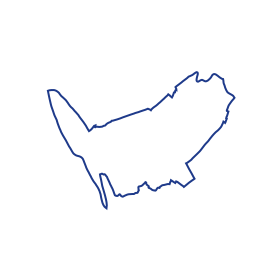 Tra On, Vĩnh Long, Vietnam, rotated 22°
{"feature_id": "81297802B90328181900706", "entity_name": "Tra On", "entity_type": "district", "adm_level": 2, "iso_a3": "VNM", "parent_name": "Vietnam", "parent_adm1": "Vĩnh Long", "projection": "natural_earth1", "projection_center": [106.002, 9.988], "detail": "fine", "context": "isolated", "style": "outline", "palette": "blue", "viewbox_px": 256, "rotation_deg": 22, "n_neighbors": 0, "source": "geoboundaries", "source_scale": "gbopen_adm2", "svg_char_len": 5793}
<svg xmlns="http://www.w3.org/2000/svg" viewBox="0 0 256 256"><g transform="rotate(22 128 128)"><path d="M39.8,123.5L42.9,128.2L44.4,130.4L47.7,135.1L48.9,136.7L52.6,140.9L53.6,142.1L55.2,143.9L58.9,147.3L59.4,148.0L61.1,150.1L64.3,153.6L66.0,155.2L67.5,156.8L70.5,159.3L75.0,162.7L80.2,167.1L82.1,168.4L84.6,170.4L86.2,171.6L87.3,172.2L88.8,172.6L89.8,172.8L91.0,172.8L93.4,172.5L94.5,172.5L95.9,172.7L97.5,173.4L99.0,174.8L100.1,176.0L103.6,179.7L103.8,180.0L104.8,181.0L106.6,182.6L108.0,183.7L110.5,185.9L111.3,186.5L113.3,188.3L116.1,190.4L119.1,192.2L119.7,192.7L120.9,193.5L122.3,194.5L123.5,195.5L124.3,196.3L125.3,197.2L126.4,198.6L126.9,199.1L127.7,200.2L128.8,202.0L129.8,203.5L131.8,206.2L132.6,207.2L134.3,208.8L135.8,209.8L138.1,210.5L137.3,207.6L135.9,204.9L134.1,202.1L133.5,201.3L132.0,199.2L129.9,196.5L125.8,191.3L124.2,188.8L122.3,185.9L120.4,183.2L119.4,181.5L120.3,180.7L120.7,180.3L121.0,180.1L121.3,180.1L121.7,180.1L122.2,180.2L122.7,180.3L122.9,180.2L123.1,180.1L123.4,179.8L123.5,179.7L123.9,179.7L124.4,179.8L125.4,180.5L126.8,181.2L127.4,181.8L127.7,182.2L128.8,183.2L131.5,185.7L132.1,186.4L133.2,187.4L134.3,188.3L135.1,189.1L136.0,189.8L137.6,191.4L139.7,193.8L141.0,195.2L141.8,195.4L142.5,195.2L143.1,195.2L143.4,195.1L143.8,194.7L144.3,194.1L144.7,193.0L144.9,192.7L145.1,192.6L145.7,192.7L146.4,193.2L147.1,193.6L147.7,193.7L148.5,193.7L148.9,193.6L149.2,193.3L150.4,191.9L152.3,190.0L153.4,189.2L157.1,187.4L157.9,187.1L158.3,186.9L159.1,185.7L159.4,185.4L159.9,185.1L160.7,184.8L161.0,184.5L161.2,184.2L161.2,183.6L161.1,183.0L161.4,182.1L161.4,181.9L161.3,181.5L160.8,181.1L160.3,180.0L160.0,179.5L159.8,179.0L159.8,178.7L160.0,178.2L160.9,177.6L162.1,176.7L162.7,175.9L163.1,175.0L164.2,172.6L164.5,172.0L164.5,171.7L165.1,171.7L165.2,171.8L165.4,171.9L165.8,172.8L166.1,173.1L166.5,173.5L166.9,173.6L167.6,173.8L167.9,173.9L168.1,174.0L168.8,174.1L169.1,174.3L169.2,174.5L169.3,174.9L169.3,175.4L169.4,175.5L169.6,175.7L171.3,175.7L171.9,175.8L173.5,176.3L174.1,176.3L174.9,176.3L175.5,176.0L175.8,176.0L176.2,176.0L176.7,175.9L176.9,175.7L177.1,175.5L177.3,175.1L177.5,173.9L177.7,172.9L178.0,172.4L178.2,172.1L178.4,172.0L178.7,171.9L179.4,171.9L179.6,171.8L179.7,171.7L179.7,170.6L179.9,170.3L180.7,169.1L181.1,168.4L181.6,168.0L182.8,167.3L184.2,166.3L185.5,165.3L186.1,165.0L187.2,164.6L187.6,164.5L187.4,162.1L187.6,161.8L187.6,161.7L187.4,160.3L192.4,161.3L192.7,159.9L192.7,159.5L194.2,159.5L194.4,159.6L198.8,160.8L200.2,161.1L200.8,161.2L201.5,161.5L201.9,161.7L203.9,158.0L204.6,156.7L204.9,156.1L207.2,152.4L208.7,150.2L209.4,150.7L207.0,148.8L204.0,146.3L199.7,142.9L196.8,140.4L195.1,139.0L195.7,138.4L196.8,136.7L198.1,134.6L198.6,133.7L199.0,132.5L199.3,131.7L201.8,126.1L203.0,123.3L203.5,122.0L203.9,120.6L205.4,115.1L205.9,113.6L207.2,110.3L207.4,109.6L208.1,107.0L208.6,105.4L208.9,104.3L209.8,101.7L210.6,99.7L210.9,99.0L212.0,97.0L212.4,96.2L213.2,94.2L213.8,92.4L214.0,91.3L214.0,90.8L214.1,89.3L214.2,88.0L214.1,86.3L215.4,86.6L216.1,86.9L216.2,86.0L216.1,84.3L216.1,82.5L216.1,82.3L215.9,82.2L215.4,82.2L215.2,80.8L215.3,80.6L215.3,79.9L215.2,78.1L214.9,75.1L213.6,75.1L213.3,75.1L213.2,74.9L213.0,74.6L213.0,72.6L212.9,70.8L212.9,69.2L213.0,68.9L213.2,67.9L213.8,65.3L214.3,63.5L215.0,61.6L215.4,60.1L213.5,58.8L212.9,58.6L211.8,58.4L210.1,58.2L208.6,58.0L207.3,57.7L207.0,57.6L206.3,57.2L204.8,56.0L203.5,54.7L203.0,54.2L201.5,52.3L200.3,51.1L199.7,50.3L198.6,48.2L198.2,47.6L197.8,47.0L197.3,47.1L196.6,47.2L195.6,47.0L194.0,46.7L191.7,46.0L189.6,45.5L188.5,45.5L188.0,45.6L187.5,45.8L187.2,46.1L186.8,46.6L186.6,46.8L186.4,47.3L186.1,49.0L186.0,49.9L185.4,51.7L184.6,53.4L184.2,54.1L183.7,54.7L183.2,55.2L182.6,55.6L181.8,55.8L181.3,55.8L180.5,55.7L179.3,55.6L178.9,55.6L178.5,55.7L177.9,56.1L177.0,57.1L176.4,57.9L176.0,58.4L175.6,58.8L175.1,58.9L174.7,58.9L174.4,58.8L174.1,58.6L173.7,58.1L173.3,57.0L172.9,55.0L172.6,52.2L172.2,51.1L172.0,50.8L171.6,50.5L171.4,50.5L171.0,50.5L170.8,50.5L170.2,51.0L170.0,51.3L169.4,52.1L168.7,53.3L168.3,54.0L167.6,55.0L165.7,57.0L165.2,57.4L164.8,58.0L164.3,59.2L163.5,60.6L162.4,62.4L161.2,64.4L160.6,65.6L159.0,68.3L157.3,71.1L156.7,72.3L156.9,72.5L157.9,73.4L158.3,73.9L158.5,74.4L158.7,74.8L158.4,74.8L158.2,74.9L158.0,75.0L157.8,75.4L157.8,75.7L158.2,77.2L158.2,77.4L158.0,77.5L157.5,77.6L157.3,77.8L157.3,78.3L157.4,79.1L157.5,81.4L157.3,83.2L155.2,82.5L154.6,82.2L152.7,81.7L152.6,82.1L152.6,82.4L152.5,82.6L152.2,83.4L151.9,83.9L151.0,85.8L150.2,87.7L149.8,88.4L148.1,92.1L147.0,94.1L146.7,94.9L146.2,95.8L145.8,96.6L144.7,98.3L144.3,98.9L144.0,99.4L143.3,100.7L142.9,101.7L142.7,102.4L142.6,103.0L142.2,102.9L141.9,102.7L141.6,102.7L139.6,102.7L139.2,102.7L138.5,103.4L136.9,104.9L135.3,106.2L134.5,106.9L133.8,107.5L133.3,107.9L131.8,109.3L129.1,111.4L128.3,112.2L125.8,114.3L121.8,117.8L119.3,120.0L117.2,122.0L114.5,124.3L113.2,125.3L111.2,126.9L110.7,127.2L110.3,127.3L110.1,127.6L109.9,128.2L109.8,128.6L108.8,129.7L108.1,130.3L107.2,131.4L106.8,132.1L106.5,132.6L106.1,133.8L105.9,134.2L105.6,134.5L105.1,134.8L104.5,135.2L104.2,135.7L103.8,136.1L103.3,136.6L102.6,136.9L101.6,137.5L100.6,137.9L99.9,138.1L98.2,138.6L97.3,139.6L97.2,139.6L97.1,139.4L97.1,139.0L96.8,137.8L96.1,138.5L95.8,138.7L95.7,139.1L94.9,141.9L94.4,143.2L94.2,143.6L93.7,144.5L93.0,145.5L92.2,144.9L91.4,144.3L90.1,143.3L88.3,141.8L87.3,141.1L85.5,139.9L84.9,139.5L84.3,139.1L83.1,138.4L82.1,137.8L80.2,136.7L78.3,135.5L77.3,134.7L73.3,132.7L72.5,132.4L70.3,131.2L69.1,130.6L67.6,130.1L65.9,129.3L64.0,128.1L63.2,127.5L62.1,126.8L60.0,125.5L58.5,124.9L56.9,124.3L56.1,124.0L54.6,123.5L53.7,123.1L52.0,122.1L51.0,121.4L50.1,121.0L48.6,120.6L47.5,120.4L46.8,120.4L46.0,120.4L45.4,120.5L44.6,120.8L42.8,121.5L41.9,122.0L41.0,122.5L39.8,123.5Z" fill="none" stroke="#1e3a8a" stroke-width="2"/></g></svg>